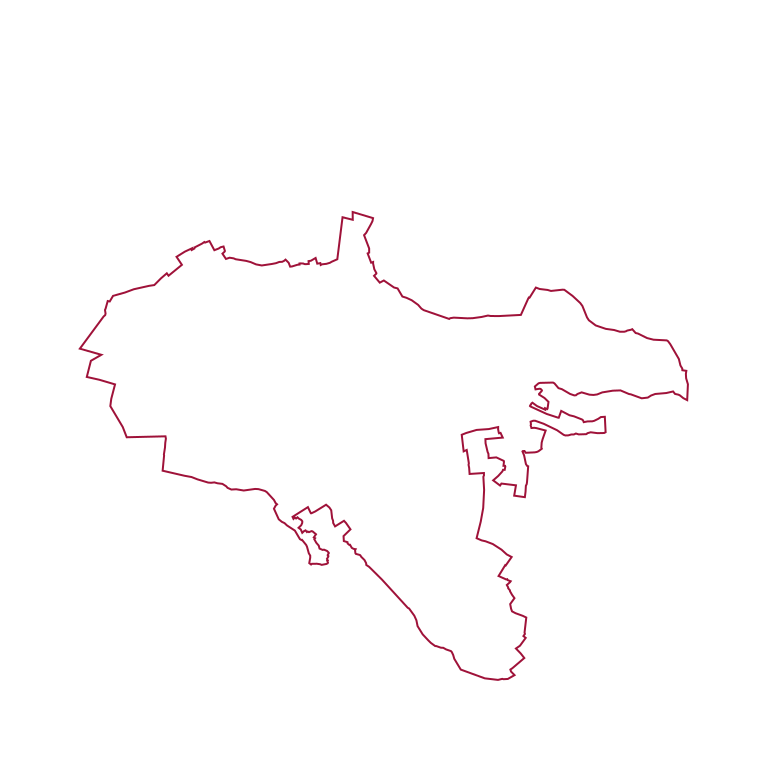 the district of Crasna, Salaj, Romania, rotated 215°
{"feature_id": "2599482B62155795885644", "entity_name": "Crasna", "entity_type": "district", "adm_level": 2, "iso_a3": "ROU", "parent_name": "Romania", "parent_adm1": "Salaj", "projection": "albers", "projection_center": [22.821, 47.154], "detail": "fine", "context": "isolated", "style": "outline", "palette": "rose", "viewbox_px": 768, "rotation_deg": 215, "n_neighbors": 0, "source": "geoboundaries", "source_scale": "gbopen_adm2", "svg_char_len": 6166}
<svg xmlns="http://www.w3.org/2000/svg" viewBox="0 0 768 768"><g transform="rotate(215 384 384)"><path d="M177.4,581.9L188.6,574.9L194.9,572.5L204.9,571.0L207.1,570.1L212.1,571.3L212.7,570.2L215.4,567.3L216.0,566.0L217.2,564.6L220.8,562.1L226.5,560.2L233.9,556.4L244.2,553.4L252.7,553.7L255.9,555.0L266.2,561.7L269.7,562.9L279.9,564.3L290.3,564.6L291.8,563.7L300.6,556.0L303.9,554.9L311.0,551.1L314.9,550.1L314.3,538.7L314.3,538.2L314.9,538.1L314.9,536.9L311.5,519.1L328.9,505.5L335.6,500.9L338.1,499.7L342.5,494.9L349.2,488.7L353.4,485.6L364.9,478.4L367.5,475.9L367.9,474.7L393.8,467.3L396.6,467.2L401.4,468.4L409.4,468.5L415.0,467.5L419.1,466.2L427.7,470.1L431.1,468.8L443.5,468.7L445.6,464.6L454.2,466.9L453.6,470.1L453.9,470.5L457.7,472.4L462.1,476.5L462.9,477.7L464.1,476.0L472.3,481.6L471.5,483.1L473.9,486.5L485.7,494.5L485.3,497.5L486.4,507.8L486.9,510.9L488.1,513.6L508.3,506.9L503.8,500.6L513.6,496.8L493.8,459.4L497.0,454.1L497.8,452.3L500.1,449.4L503.4,446.5L504.1,445.2L505.5,446.5L507.7,444.3L512.3,448.0L514.6,443.0L516.3,441.4L514.5,439.2L516.8,437.3L518.0,436.6L519.2,436.4L521.9,434.7L522.4,434.2L521.7,433.4L523.3,432.0L526.8,427.5L528.2,426.3L531.6,428.6L536.0,429.4L536.5,427.5L537.5,425.7L539.8,423.9L541.8,421.0L544.7,418.0L552.1,411.0L557.4,408.6L563.1,407.4L567.5,405.8L577.1,401.1L579.2,400.7L582.9,398.9L585.2,395.8L591.1,398.1L590.5,400.8L590.6,401.7L594.3,404.6L596.3,402.3L597.1,400.2L599.7,396.3L609.0,401.0L611.7,397.2L612.6,397.3L613.6,394.6L617.5,387.2L617.0,386.3L618.4,383.4L619.1,383.8L619.3,384.7L623.0,378.3L626.9,369.2L617.9,365.7L622.6,349.1L625.4,350.1L627.3,342.6L628.9,333.3L632.7,329.7L643.3,318.1L648.7,310.3L656.5,300.8L656.0,294.3L657.9,293.5L655.3,286.1L655.0,284.6L652.5,282.0L651.9,280.5L652.4,278.5L653.4,238.5L632.3,245.8L637.4,234.9L631.5,219.3L619.6,224.2L604.1,229.4L598.9,215.4L595.5,208.9L573.3,198.9L564.2,192.8L533.0,215.8L531.3,214.1L529.4,210.3L527.0,206.4L523.8,199.9L523.2,199.4L515.6,186.0L494.8,194.4L488.3,197.4L482.1,198.9L471.5,202.4L469.0,203.9L466.5,206.1L463.4,207.2L459.1,209.5L454.6,209.7L452.6,209.2L448.5,210.0L444.7,213.0L437.8,216.3L429.4,224.1L426.5,225.9L420.2,228.1L418.0,228.2L407.6,225.9L404.5,224.3L402.6,224.1L403.0,222.2L402.6,218.7L392.6,212.8L388.6,212.5L385.7,213.0L382.4,212.5L372.9,212.8L363.9,208.7L361.9,208.9L361.7,209.3L355.4,207.5L353.7,206.5L348.5,202.2L346.0,201.1L344.8,199.4L342.5,194.4L340.2,194.3L339.9,195.4L335.8,198.3L333.0,199.7L331.3,200.1L328.0,203.5L327.3,204.8L327.5,205.6L329.2,206.7L328.9,207.3L330.4,208.0L330.6,210.7L331.1,211.3L331.7,211.2L332.2,212.1L332.1,213.5L332.5,214.1L334.8,214.6L338.1,213.9L339.1,212.9L342.4,212.2L344.8,214.2L348.4,215.1L352.1,216.9L352.0,218.2L353.5,218.1L353.5,221.9L358.0,222.3L359.0,221.9L360.5,219.6L361.9,219.4L362.2,218.5L364.3,219.1L365.1,217.7L365.6,215.2L368.7,217.1L371.5,217.2L370.8,220.8L371.3,223.3L372.2,224.7L373.8,225.2L376.7,224.9L378.4,225.2L378.9,223.4L380.5,223.5L380.8,221.6L382.7,222.7L375.7,239.5L370.4,236.5L369.7,236.2L369.3,236.5L367.3,240.0L362.2,251.9L357.9,251.5L354.8,250.3L349.4,244.2L347.3,242.8L345.9,241.0L342.4,239.3L338.3,249.0L335.5,248.4L328.1,245.7L329.9,236.2L326.8,232.3L323.2,233.5L322.3,232.5L320.1,232.3L319.6,232.8L316.4,231.3L314.4,231.5L312.5,232.4L312.4,231.3L310.4,229.0L309.6,228.7L305.7,230.1L304.9,230.0L303.6,229.4L299.0,228.6L295.9,227.0L294.7,225.6L291.4,225.7L273.4,222.6L236.2,214.3L234.7,214.5L226.3,211.6L221.9,209.0L217.6,204.9L208.7,201.1L200.7,199.4L197.1,198.8L191.7,198.7L190.9,199.3L186.2,200.6L184.1,201.9L180.9,202.2L176.0,203.6L174.7,203.3L171.9,201.7L168.8,199.2L157.3,194.1L132.6,200.7L120.9,207.0L118.0,210.3L116.7,210.8L113.4,213.4L110.1,220.4L115.0,221.3L116.7,222.6L115.9,224.6L111.9,240.0L117.5,241.7L124.2,243.0L122.5,247.6L122.3,257.3L125.2,257.5L125.2,260.1L126.3,261.0L133.5,274.3L137.3,273.7L144.8,271.7L148.7,271.2L151.0,272.8L154.4,276.1L154.3,283.4L158.3,284.8L161.9,286.5L162.5,287.2L165.1,287.9L165.6,288.6L168.1,289.8L167.1,294.0L167.1,295.1L170.1,294.3L171.1,294.8L171.7,294.0L180.0,292.4L180.8,305.1L180.2,305.1L180.2,315.5L185.7,314.8L192.7,315.7L203.1,315.3L210.6,313.4L214.3,311.9L219.7,310.8L225.8,326.7L231.6,339.3L241.2,354.6L249.4,365.0L249.7,366.5L251.1,368.4L262.3,359.4L266.2,364.2L268.4,366.3L269.0,367.7L277.8,376.8L278.4,377.4L280.1,374.5L291.2,387.0L288.5,391.1L281.8,399.5L272.3,407.2L265.8,414.2L264.5,412.3L262.0,409.9L261.5,409.6L260.5,410.8L256.0,408.2L269.3,397.0L266.8,393.7L260.2,387.8L258.4,386.7L255.8,383.3L249.9,388.3L241.8,389.7L241.1,389.1L239.2,385.5L237.9,386.4L237.3,386.0L235.9,382.9L237.3,382.0L236.9,380.4L237.7,374.1L239.3,367.7L230.7,367.4L230.7,369.8L217.8,376.7L213.3,367.2L203.7,372.1L206.3,377.0L209.4,382.0L209.7,383.9L210.6,385.7L218.7,399.3L219.7,399.0L221.8,399.8L228.3,405.9L231.9,408.2L231.8,408.7L230.5,409.7L228.4,409.0L221.4,414.4L219.9,415.9L218.9,417.5L217.6,421.5L218.6,422.1L221.2,426.4L222.4,429.7L224.9,438.6L233.8,435.3L235.8,434.3L238.0,432.5L240.2,434.3L240.4,435.2L242.3,437.2L240.7,439.5L239.1,440.6L230.4,443.0L215.7,445.4L207.6,445.4L205.9,445.9L203.5,447.7L201.7,450.0L199.5,451.6L198.4,453.5L195.6,454.4L189.7,458.8L189.3,459.4L189.2,460.3L187.0,463.0L180.9,466.2L175.6,470.1L174.8,471.6L184.3,483.8L187.4,481.3L188.5,478.4L190.7,474.4L192.0,472.9L195.8,470.1L198.5,467.3L200.1,468.4L201.5,468.5L209.8,466.5L214.1,464.8L223.4,463.6L221.5,456.6L222.0,456.3L233.5,452.8L251.1,449.6L251.8,449.7L252.0,450.4L251.8,451.5L252.1,452.4L251.7,453.8L246.0,453.7L237.2,455.4L238.1,456.6L235.9,457.1L236.0,457.8L239.0,463.7L244.5,464.6L250.9,464.3L251.3,464.8L250.8,468.6L251.0,469.4L252.9,469.8L253.9,469.3L256.8,466.5L259.0,468.5L257.8,473.2L256.7,474.5L246.4,482.1L244.8,482.3L238.7,480.7L235.3,481.8L225.8,482.6L221.6,483.8L220.3,484.9L219.8,486.8L217.3,490.5L209.6,493.1L206.1,495.2L203.4,497.7L200.4,502.3L192.7,509.8L186.6,514.4L177.6,516.3L175.9,517.1L164.7,520.1L160.1,524.2L158.6,527.8L156.1,531.4L147.6,538.5L142.9,543.7L139.9,542.8L136.8,544.1L135.2,544.4L130.7,544.1L126.4,544.7L134.9,558.1L139.8,562.0L142.5,565.4L143.9,568.2L147.5,566.4L148.5,567.7L151.8,569.2L156.8,573.6L172.3,580.8L175.9,582.0L177.4,581.9Z" fill="none" stroke="#9f1239" stroke-width="2"/></g></svg>